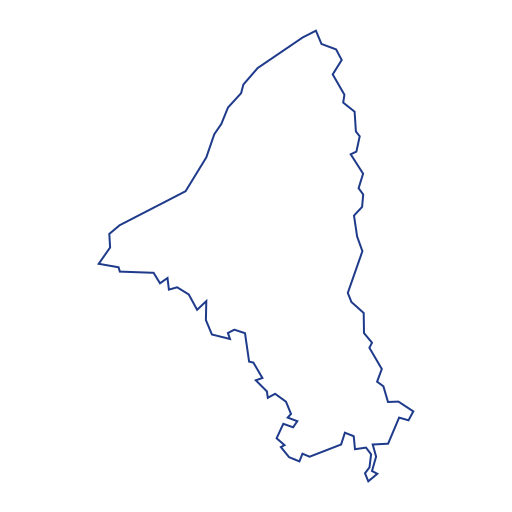 the district of Brazos, Texas, United States of America
{"feature_id": "52423323B4274675521661", "entity_name": "Brazos", "entity_type": "district", "adm_level": 2, "iso_a3": "USA", "parent_name": "United States of America", "parent_adm1": "Texas", "projection": "orthographic", "projection_center": [-96.277, 30.652], "detail": "fine", "context": "isolated", "style": "outline", "palette": "blue", "viewbox_px": 512, "rotation_deg": 0, "n_neighbors": 0, "source": "geoboundaries", "source_scale": "gbopen_adm2", "svg_char_len": 1279}
<svg xmlns="http://www.w3.org/2000/svg" viewBox="0 0 512 512"><path d="M315.9,30.7L302.6,37.5L257.7,68.0L243.4,84.5L241.1,93.2L228.0,107.5L221.3,124.0L214.3,134.2L206.3,157.4L185.6,191.2L119.7,225.2L109.3,233.9L110.1,247.5L98.7,263.8L118.6,267.3L119.8,271.6L153.6,272.8L160.0,283.3L167.5,278.0L168.9,289.6L177.2,287.3L188.8,294.5L197.1,309.8L206.3,301.1L205.9,320.1L211.9,334.5L230.0,339.0L227.9,333.0L234.3,329.7L245.0,333.2L249.1,361.6L253.4,362.6L262.4,378.0L255.8,380.3L266.9,391.4L267.8,397.8L275.1,393.8L286.0,401.7L291.0,413.9L287.7,417.6L297.3,421.2L293.1,427.3L283.3,423.8L276.6,438.3L284.5,445.1L280.9,447.1L289.1,457.2L299.4,461.4L302.5,453.7L309.6,456.7L341.1,444.5L344.9,432.7L353.7,436.2L355.0,449.2L366.0,447.6L371.1,454.3L369.5,467.3L365.0,473.3L368.3,481.3L377.3,473.8L372.0,471.0L376.1,456.6L372.7,444.5L388.1,443.7L399.1,417.6L408.5,420.3L413.3,411.4L398.4,401.6L388.0,402.0L383.4,386.3L377.1,381.7L381.8,369.0L369.4,347.8L372.0,342.7L364.0,333.1L363.7,313.0L351.4,302.0L347.8,292.9L362.4,251.2L357.1,236.5L354.0,215.6L362.1,206.9L363.2,194.5L358.6,188.2L363.1,173.7L350.7,154.3L356.4,151.6L359.7,136.3L355.9,131.5L354.6,111.7L343.2,102.6L344.4,94.7L332.7,74.4L341.7,60.0L336.1,49.4L321.5,44.0L315.9,30.7Z" fill="none" stroke="#1e3a8a" stroke-width="2"/></svg>